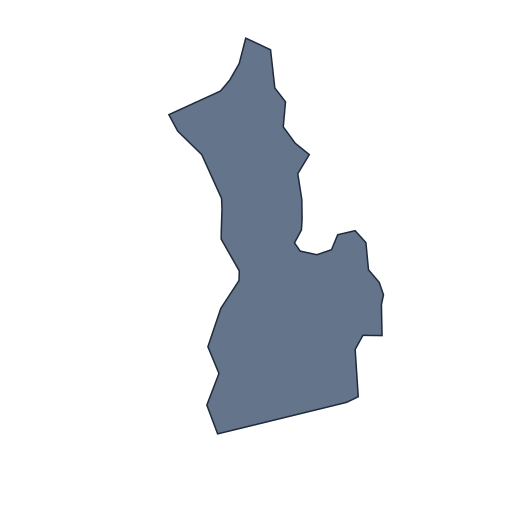 Goochland, Virginia, United States of America, rotated 230°
{"feature_id": "52423323B67419476336365", "entity_name": "Goochland", "entity_type": "district", "adm_level": 2, "iso_a3": "USA", "parent_name": "United States of America", "parent_adm1": "Virginia", "projection": "equal_earth", "projection_center": [-77.893, 37.734], "detail": "fine", "context": "isolated", "style": "filled", "palette": "slate", "viewbox_px": 512, "rotation_deg": 230, "n_neighbors": 0, "source": "geoboundaries", "source_scale": "gbopen_adm2", "svg_char_len": 720}
<svg xmlns="http://www.w3.org/2000/svg" viewBox="0 0 512 512"><g transform="rotate(230 256 256)"><path d="M82.5,243.9L120.7,271.9L126.5,286.9L114.0,301.4L138.1,320.8L144.3,328.7L156.5,333.4L173.1,333.3L195.6,348.8L211.7,348.2L219.8,332.3L212.3,317.9L217.9,303.4L231.4,293.0L241.3,293.9L246.7,307.5L254.6,315.0L269.8,327.4L292.2,340.9L299.4,362.0L317.2,358.5L337.4,359.9L355.1,377.7L372.6,378.4L404.6,399.7L429.5,388.2L414.2,366.8L407.6,348.8L405.2,334.9L420.3,280.1L402.0,276.3L368.5,279.6L322.2,266.6L313.8,260.1L298.5,246.4L291.4,240.2L255.3,233.6L248.1,227.2L238.5,195.4L217.4,160.8L189.8,152.1L186.1,145.4L173.4,122.5L144.4,112.3L85.6,231.4L82.5,243.9Z" fill="#64748b" stroke="#1e293b" stroke-width="1.5"/></g></svg>